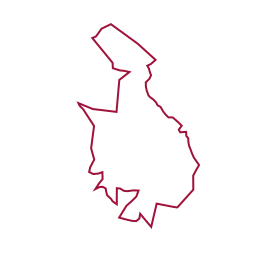 the district of Salvador do Sul, Rio Grande do Sul, Brazil, rotated 49°
{"feature_id": "56859067B24348409477030", "entity_name": "Salvador do Sul", "entity_type": "district", "adm_level": 2, "iso_a3": "BRA", "parent_name": "Brazil", "parent_adm1": "Rio Grande do Sul", "projection": "equal_earth", "projection_center": [-51.535, -29.459], "detail": "fine", "context": "isolated", "style": "outline", "palette": "rose", "viewbox_px": 256, "rotation_deg": 49, "n_neighbors": 0, "source": "geoboundaries", "source_scale": "gbopen_adm2", "svg_char_len": 1249}
<svg xmlns="http://www.w3.org/2000/svg" viewBox="0 0 256 256"><g transform="rotate(49 128 128)"><path d="M70.6,65.4L38.4,72.8L35.7,82.8L37.9,92.0L36.7,95.9L64.0,96.7L68.8,96.9L72.9,100.2L79.3,96.3L82.3,93.4L86.7,90.2L86.0,103.0L108.3,126.1L90.6,142.1L76.7,149.1L79.5,149.9L84.5,149.5L88.4,150.1L104.2,152.3L119.2,169.2L129.7,174.2L132.8,182.2L135.7,186.2L140.0,184.4L142.9,180.3L144.5,176.3L149.8,180.6L150.9,186.5L152.7,192.8L153.8,188.5L155.8,185.7L158.9,184.5L161.5,186.1L165.2,187.9L170.1,187.3L173.3,187.7L178.2,186.5L175.0,183.7L172.1,181.2L166.1,175.9L168.6,173.6L172.6,172.4L175.3,169.9L178.5,165.0L182.1,161.1L185.2,166.6L185.6,172.6L185.7,180.2L189.8,193.5L196.0,189.3L200.7,185.9L203.6,183.0L203.8,178.9L200.7,175.1L217.9,175.4L203.9,156.0L217.7,145.2L220.3,142.9L217.4,119.2L206.7,110.0L204.6,104.6L202.6,98.7L199.1,98.3L193.5,97.7L189.5,96.5L185.1,94.8L181.3,93.5L177.9,91.4L175.3,89.3L172.3,89.2L169.0,86.7L165.5,91.4L162.6,90.8L161.5,86.0L156.1,86.4L149.4,87.3L146.5,90.5L143.1,90.8L138.5,90.6L133.4,89.6L130.3,90.8L127.0,90.0L122.8,90.2L119.9,91.0L116.9,91.2L112.0,89.3L108.3,87.2L105.2,84.6L104.9,79.5L103.3,76.0L99.9,74.7L96.8,73.2L93.7,72.6L94.7,68.8L94.7,62.5L70.6,65.4Z" fill="none" stroke="#9f1239" stroke-width="2"/></g></svg>